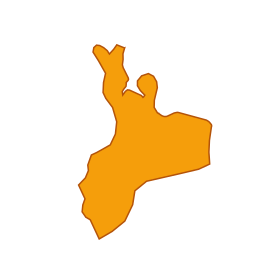 the Prefecture of Dubréka, rotated 155°
{"feature_id": "GIN-5635", "entity_name": "Dubréka", "entity_type": "Prefecture", "adm_level": 1, "iso_a3": "GIN", "parent_name": "Guinea", "parent_adm1": "", "projection": "mercator", "projection_center": [-13.586, 9.952], "detail": "fine", "context": "isolated", "style": "filled", "palette": "amber", "viewbox_px": 256, "rotation_deg": 155, "n_neighbors": 0, "source": "natural_earth", "source_scale": "10m", "svg_char_len": 1218}
<svg xmlns="http://www.w3.org/2000/svg" viewBox="0 0 256 256"><g transform="rotate(155 128 128)"><path d="M97.2,202.0L101.2,197.4L103.5,192.2L106.4,187.6L106.9,184.6L106.6,173.4L106.9,172.0L107.8,171.1L110.4,170.0L110.9,168.8L112.2,166.6L115.1,165.2L117.8,163.5L118.8,160.1L114.9,162.3L112.4,162.8L110.6,161.7L102.1,151.7L101.5,149.4L100.7,149.6L100.2,149.9L98.9,150.7L101.0,156.8L101.6,162.3L99.5,166.7L93.6,169.5L86.5,168.7L83.0,164.1L82.5,157.8L84.4,152.1L92.4,142.0L95.6,135.6L94.9,129.2L93.9,128.3L94.0,128.0L92.1,124.8L90.5,123.2L88.6,122.3L87.4,122.1L79.9,122.1L77.6,121.6L76.6,121.3L75.7,120.7L53.7,102.1L52.9,101.0L52.1,99.7L51.6,98.3L51.0,95.8L51.3,94.5L52.1,93.5L59.4,82.4L64.9,71.9L69.2,60.8L81.4,60.8L96.4,63.9L133.7,71.9L148.3,68.2L156.2,56.5L170.2,45.0L186.0,41.0L201.0,39.6L201.0,60.8L203.9,64.9L205.0,71.4L201.5,77.3L196.9,82.0L196.9,97.2L187.7,100.8L181.9,106.1L180.1,111.4L172.6,119.0L166.8,119.0L151.2,120.2L142.0,127.8L135.6,138.4L133.3,153.1L135.6,164.2L135.6,170.7L131.0,179.5L125.2,187.1L126.3,201.2L127.6,211.6L125.0,215.3L121.5,216.4L118.8,214.7L116.1,211.1L114.1,206.8L113.6,202.9L107.7,205.4L103.0,208.1L97.3,202.0L97.2,202.0Z" fill="#f59e0b" stroke="#b45309" stroke-width="1.5"/></g></svg>